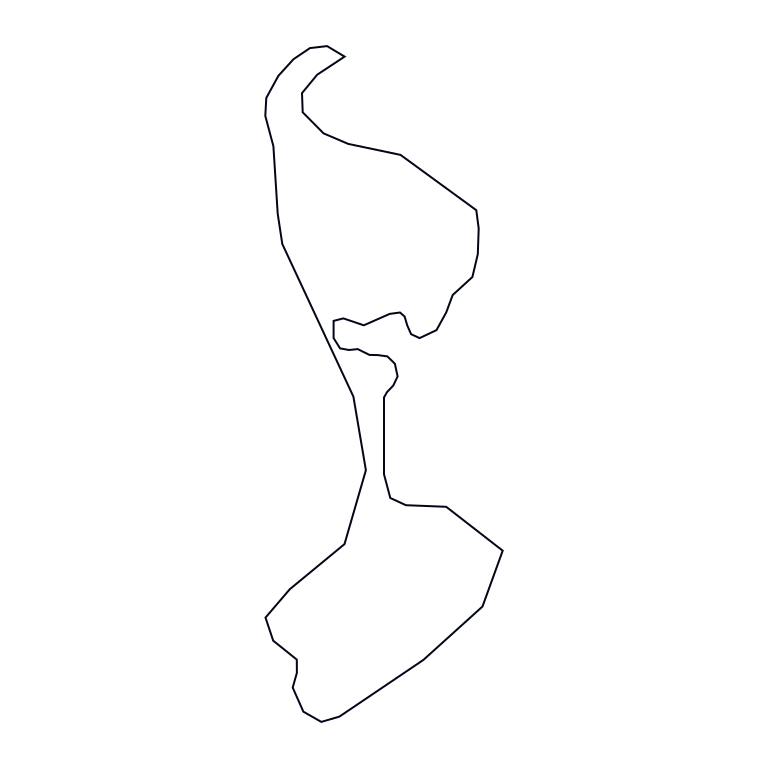 the Commune of Miquelon-Langlade
{"feature_id": "SPM-4867", "entity_name": "Miquelon-Langlade", "entity_type": "Commune", "adm_level": 1, "iso_a3": "SPM", "parent_name": "Saint Pierre and Miquelon", "parent_adm1": "", "projection": "natural_earth1", "projection_center": [-56.329, 46.961], "detail": "fine", "context": "isolated", "style": "outline", "palette": "ink", "viewbox_px": 768, "rotation_deg": 0, "n_neighbors": 0, "source": "natural_earth", "source_scale": "10m", "svg_char_len": 887}
<svg xmlns="http://www.w3.org/2000/svg" viewBox="0 0 768 768"><path d="M446.2,506.8L502.7,550.7L482.5,606.5L423.4,659.9L339.4,716.6L321.3,721.9L303.4,711.7L292.7,687.6L296.9,672.8L296.8,659.6L273.2,640.7L265.5,617.6L289.8,589.2L344.5,544.1L365.9,470.2L353.4,396.6L282.3,244.0L277.7,213.7L273.4,146.2L265.3,115.9L266.3,97.9L278.4,75.8L293.5,59.2L309.9,48.1L327.1,46.1L344.6,56.6L317.2,74.7L302.0,93.1L302.7,112.3L323.6,133.4L348.2,143.9L400.5,154.9L476.3,210.2L478.7,228.5L477.8,254.2L472.4,277.0L452.7,295.0L446.2,312.5L436.5,330.1L419.6,338.1L411.1,334.2L407.2,325.3L404.6,316.5L400.0,312.5L389.7,313.9L363.8,325.3L343.4,318.4L333.6,320.9L333.6,338.1L340.1,348.4L349.1,350.0L357.7,349.1L369.4,354.9L378.0,355.1L387.4,356.4L394.9,363.8L397.6,376.4L393.3,385.5L387.1,392.0L384.0,397.4L384.0,474.3L390.3,498.0L405.9,505.2L446.2,506.8Z" fill="none" stroke="#020617" stroke-width="2"/></svg>